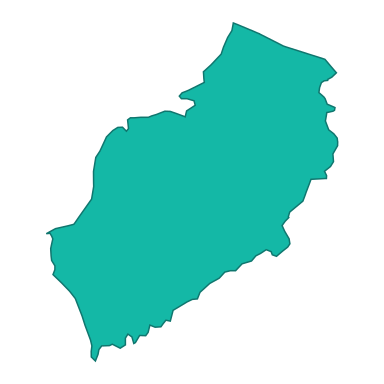 outline of Central Rivercess, River Cess, Liberia
{"feature_id": "62588387B65596489935901", "entity_name": "Central Rivercess", "entity_type": "district", "adm_level": 2, "iso_a3": "LBR", "parent_name": "Liberia", "parent_adm1": "River Cess", "projection": "orthographic", "projection_center": [-9.304, 5.8], "detail": "fine", "context": "isolated", "style": "filled", "palette": "teal", "viewbox_px": 384, "rotation_deg": 0, "n_neighbors": 0, "source": "geoboundaries", "source_scale": "gbopen_adm2", "svg_char_len": 2492}
<svg xmlns="http://www.w3.org/2000/svg" viewBox="0 0 384 384"><path d="M289.0,214.4L289.7,212.1L302.9,201.1L303.9,198.4L304.0,198.2L305.5,194.1L305.9,192.8L309.3,183.9L311.0,179.3L323.8,178.6L325.4,178.5L326.4,178.5L326.6,175.7L326.3,175.0L324.5,171.3L330.5,166.5L333.5,161.6L332.9,153.9L337.6,145.7L337.6,144.7L337.7,141.9L337.5,140.7L337.2,138.1L333.8,133.8L328.7,129.8L325.4,121.0L326.3,115.8L326.8,112.5L327.5,112.4L329.5,112.0L333.0,111.2L334.5,110.3L335.0,107.6L334.0,107.1L329.6,105.2L327.2,104.2L325.1,98.7L323.9,97.0L319.7,93.3L318.9,92.6L319.6,87.6L321.4,82.6L324.2,80.8L324.3,80.8L327.7,80.4L327.9,79.3L331.8,77.2L336.4,72.8L330.8,66.3L325.0,59.4L324.6,59.2L285.6,46.8L283.9,46.2L283.5,46.1L259.3,33.8L259.3,33.7L258.3,33.3L257.9,33.2L253.8,31.4L250.8,30.1L249.9,29.8L237.3,24.5L233.3,23.0L232.9,25.4L231.9,30.6L227.7,37.4L223.9,46.2L223.5,47.1L221.2,54.1L210.9,65.0L203.4,71.8L203.5,72.8L203.9,78.9L204.3,82.4L198.5,85.3L190.7,89.2L188.7,90.2L185.3,91.6L182.1,92.8L179.3,96.1L181.4,98.7L187.0,98.7L194.1,100.8L194.1,101.0L195.2,105.3L186.6,110.9L185.2,116.8L176.3,113.5L170.2,111.4L164.8,111.2L156.4,114.5L151.7,115.9L148.4,117.3L145.2,117.3L144.0,117.3L140.5,117.3L134.2,117.8L130.4,117.8L127.6,119.9L127.7,120.8L128.5,128.6L126.4,131.2L122.5,127.2L118.0,127.4L117.8,127.4L112.9,130.5L106.5,136.9L105.0,140.2L100.4,150.1L100.0,151.0L95.8,157.4L93.9,169.0L93.5,171.5L93.6,183.3L93.7,186.4L91.6,199.1L85.1,208.3L78.8,217.2L75.1,222.6L73.8,224.3L71.9,224.8L68.0,225.8L56.6,228.4L55.6,228.6L53.7,229.6L46.3,233.7L50.0,233.3L51.8,236.4L52.8,238.9L51.4,245.2L50.7,248.6L51.1,255.9L51.6,260.1L51.6,260.4L54.9,265.8L54.9,269.6L53.0,274.6L61.9,283.2L64.2,285.6L69.6,291.2L75.3,298.5L82.1,316.0L84.7,324.2L84.9,324.9L90.5,340.0L91.9,345.9L91.2,351.5L91.3,357.0L95.4,361.0L98.0,354.4L98.2,353.4L98.9,349.6L101.7,345.9L109.5,345.6L112.3,344.2L120.2,348.2L125.4,344.9L125.4,341.1L125.4,338.1L127.9,334.1L131.9,336.9L133.8,343.5L135.4,342.6L139.6,335.5L140.9,335.5L145.7,335.7L148.1,332.4L149.9,325.1L155.1,327.2L160.9,326.8L163.3,323.5L165.9,320.2L170.3,321.1L173.1,310.3L186.9,302.0L192.3,299.4L197.4,298.9L200.0,292.3L209.8,283.4L219.2,278.2L220.7,276.6L224.8,272.1L230.4,270.7L235.6,270.7L238.5,267.6L242.1,263.8L251.5,261.0L255.9,255.8L260.6,253.4L266.2,249.7L271.1,251.6L272.3,254.8L276.5,256.3L282.6,251.1L287.7,247.1L289.9,243.8L289.1,238.8L284.7,231.3L282.1,225.6L283.4,223.7L285.2,221.2L288.8,217.5L288.3,216.8L289.0,214.4Z" fill="#14b8a6" stroke="#0f766e" stroke-width="1.5"/></svg>